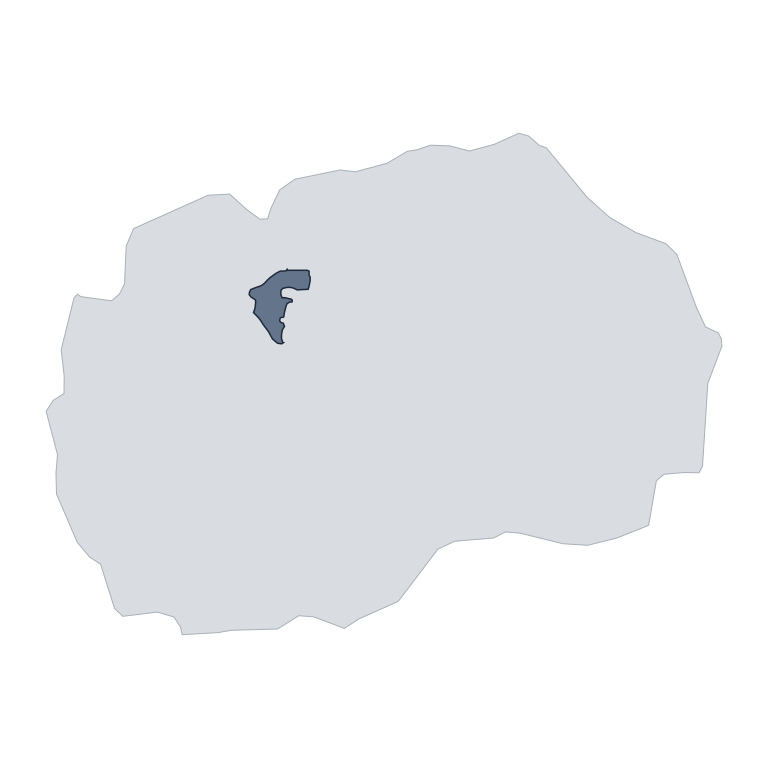 North Macedonia, with Sopište highlighted
{"feature_id": "MKD-2909", "entity_name": "Sopište", "entity_type": "Statistical Region", "adm_level": 1, "iso_a3": "MKD", "parent_name": "North Macedonia", "parent_adm1": "", "projection": "natural_earth1", "projection_center": [21.335, 41.836], "detail": "fine", "context": "in_parent", "style": "filled", "palette": "slate", "viewbox_px": 768, "rotation_deg": 0, "n_neighbors": 0, "source": "natural_earth", "source_scale": "10m", "svg_char_len": 2029}
<svg xmlns="http://www.w3.org/2000/svg" viewBox="0 0 768 768"><path d="M340.5,170.0L355.2,171.8L387.0,163.3L406.9,151.5L417.0,149.8L430.4,145.2L449.8,145.9L469.4,151.0L494.3,144.3L518.8,133.3L528.7,136.0L539.3,145.4L546.4,147.9L587.2,197.4L609.6,217.4L635.9,232.6L666.0,243.7L676.8,254.3L696.2,306.9L705.5,326.9L718.2,332.9L721.3,338.6L721.9,346.3L707.8,383.3L702.5,466.2L699.0,472.8L683.9,472.5L664.0,474.3L656.4,480.7L648.6,525.3L616.6,538.1L587.5,545.3L562.9,543.7L519.6,533.1L505.5,531.9L493.5,538.0L454.9,541.2L438.0,549.0L398.3,601.3L358.1,619.3L344.4,628.4L313.6,616.8L298.8,615.7L277.5,629.0L230.8,630.3L218.2,632.6L182.1,634.7L180.7,627.5L174.0,617.0L157.2,612.1L122.9,616.3L114.6,608.6L100.6,564.2L89.6,557.1L77.2,542.2L56.5,494.0L56.0,472.9L57.5,454.5L46.1,411.3L53.2,400.4L64.0,393.5L64.2,376.1L61.2,349.7L74.0,297.9L77.5,294.2L80.7,296.6L111.5,300.8L119.4,294.2L124.5,284.0L126.2,246.1L133.6,228.6L207.9,195.3L229.7,194.1L246.5,209.4L259.7,219.1L267.7,218.9L270.6,209.0L279.6,190.0L294.9,179.2L340.0,170.0L340.5,170.0Z" fill="#d9dde1" stroke="#a8b0b8" stroke-width="1"/><path d="M253.8,312.9L253.5,312.7L255.0,308.4L255.6,303.0L255.6,300.1L254.1,299.0L251.1,297.1L249.2,294.7L249.4,292.8L249.5,292.0L250.7,289.6L254.6,288.0L261.0,285.8L264.4,283.4L267.6,279.9L270.5,277.3L275.7,273.5L280.2,271.1L283.3,271.1L286.1,270.8L287.1,269.3L287.5,270.3L293.7,270.3L299.3,270.3L304.2,270.3L305.2,270.3L307.5,270.3L309.1,271.2L309.1,272.8L309.1,275.3L310.2,277.0L310.1,280.9L309.0,286.5L308.2,289.3L303.9,289.5L297.3,289.9L293.2,288.0L290.5,287.4L286.9,287.4L282.8,288.4L280.9,290.4L280.9,294.7L282.1,297.7L285.3,297.7L288.9,298.7L291.0,299.0L292.3,300.2L292.0,302.0L289.6,302.0L286.9,303.9L285.9,306.7L284.3,313.1L283.8,316.8L282.8,317.4L281.1,317.4L280.0,318.5L279.7,321.1L280.9,322.4L283.3,323.2L284.5,326.4L282.4,329.8L281.5,334.8L281.5,338.6L282.8,342.4L283.5,342.6L281.8,343.8L277.6,343.3L272.5,339.0L268.4,331.5L263.5,325.0L259.7,319.1L256.5,315.6L253.8,312.9Z" fill="#64748b" stroke="#1e293b" stroke-width="1.5"/></svg>